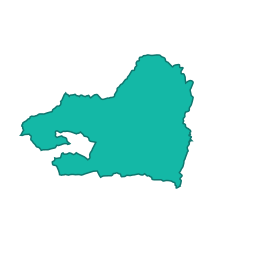 outline of Tam Duong, Lai Chau, Vietnam, rotated 315°
{"feature_id": "81297802B8345144496926", "entity_name": "Tam Duong", "entity_type": "district", "adm_level": 2, "iso_a3": "VNM", "parent_name": "Vietnam", "parent_adm1": "Lai Chau", "projection": "mercator", "projection_center": [103.573, 22.33], "detail": "fine", "context": "isolated", "style": "filled", "palette": "teal", "viewbox_px": 256, "rotation_deg": 315, "n_neighbors": 0, "source": "geoboundaries", "source_scale": "gbopen_adm2", "svg_char_len": 5707}
<svg xmlns="http://www.w3.org/2000/svg" viewBox="0 0 256 256"><g transform="rotate(315 128 128)"><path d="M108.7,59.2L106.5,59.4L100.9,61.6L99.2,61.6L98.9,61.8L98.8,62.3L98.5,62.8L96.9,63.8L96.4,63.9L94.9,63.8L94.1,63.2L93.5,62.5L92.8,62.3L90.5,62.3L88.5,61.9L87.6,61.9L86.3,62.6L85.9,62.7L85.3,62.5L84.6,61.9L81.0,59.9L78.6,58.8L75.8,55.9L75.3,55.5L74.4,55.1L72.4,54.8L71.3,54.1L69.8,53.4L68.1,51.4L66.6,51.0L65.6,51.6L64.8,51.7L64.5,51.4L63.5,51.0L61.2,51.0L58.7,50.3L57.3,50.1L56.9,50.2L56.2,50.8L55.4,50.8L54.3,51.5L54.3,52.8L53.3,53.8L53.2,54.3L52.6,55.4L52.7,55.7L52.5,55.9L51.3,56.0L47.5,57.2L47.0,57.2L47.9,58.4L48.4,58.7L50.3,59.5L53.8,62.6L53.6,63.5L53.8,64.9L53.7,65.4L53.1,66.0L51.7,66.9L51.2,67.4L50.9,68.2L51.0,69.8L50.6,71.4L50.6,74.1L50.1,76.1L50.2,77.0L51.1,78.5L51.3,79.7L51.0,82.1L50.8,82.4L52.5,83.3L56.2,86.9L59.1,88.4L62.1,90.3L62.7,90.5L64.2,90.2L64.9,89.9L65.5,89.9L66.2,91.0L66.9,91.5L69.0,92.6L70.1,93.0L72.1,94.1L72.8,94.8L73.6,95.8L73.8,96.1L73.8,97.0L75.4,97.9L75.9,98.0L75.6,95.7L75.6,94.5L75.9,93.8L77.0,92.0L77.0,90.9L75.5,87.9L75.6,87.1L75.5,86.7L72.7,85.2L71.1,84.5L70.9,82.8L71.0,82.4L71.3,82.0L72.8,81.0L73.6,79.6L74.4,79.3L74.9,79.3L75.3,79.5L76.0,80.2L76.7,82.9L77.0,83.6L77.6,83.9L79.8,84.5L80.2,84.9L81.1,86.0L82.7,87.2L83.1,87.7L84.9,90.3L87.4,95.7L87.9,95.7L89.0,96.5L90.7,97.3L91.3,97.1L91.6,97.2L91.7,100.9L91.4,102.0L91.3,102.8L92.9,105.2L93.1,106.6L93.0,107.4L91.9,109.3L91.9,110.2L92.2,111.1L94.4,114.2L95.1,115.4L89.6,117.2L88.2,117.6L87.0,118.2L85.6,118.6L84.6,118.7L83.4,119.1L81.9,119.9L80.4,121.8L79.9,122.2L79.0,122.3L77.1,122.0L77.1,120.2L76.7,117.5L74.5,111.4L73.9,108.9L72.3,108.9L71.3,108.6L70.6,108.2L70.5,107.9L69.8,105.6L69.2,104.5L68.7,104.0L67.3,103.6L66.2,103.1L64.6,101.6L64.2,101.0L64.2,100.6L64.5,100.1L64.5,99.8L64.1,99.5L63.1,99.3L62.6,99.5L59.7,101.1L59.0,101.2L56.0,99.0L55.4,98.2L55.0,97.4L54.3,98.3L53.8,98.7L53.2,98.9L52.3,98.9L50.7,98.4L50.4,98.5L49.1,100.2L48.9,101.2L50.5,103.7L50.5,104.8L48.9,108.9L47.5,111.5L46.6,112.6L47.7,114.4L48.2,114.7L48.7,114.9L49.6,115.9L50.5,116.2L51.0,116.7L52.6,119.2L54.7,120.4L56.3,121.9L58.0,124.1L58.8,124.7L60.2,126.0L61.0,127.0L61.6,128.1L61.9,128.4L63.1,129.1L64.8,129.8L73.0,134.1L75.6,136.4L75.8,136.8L75.7,137.0L74.2,141.5L73.8,143.5L75.1,143.8L76.8,144.6L80.4,147.9L82.5,150.0L83.8,150.3L85.4,149.9L85.6,150.0L86.7,150.9L88.6,151.8L88.9,153.2L90.0,155.3L89.0,157.3L89.0,157.9L91.3,159.9L92.1,160.2L93.2,160.4L93.8,160.7L95.2,162.3L95.8,163.1L98.2,164.6L99.2,165.5L102.8,167.8L103.3,168.6L103.8,169.9L104.4,170.8L105.1,171.5L105.9,171.9L107.4,172.1L107.7,175.5L109.1,176.5L109.2,177.6L109.5,178.5L109.7,179.6L109.5,180.2L108.9,181.0L108.8,181.3L109.0,181.9L109.8,183.0L114.9,188.1L115.3,190.2L115.7,190.7L117.6,191.9L118.4,192.6L119.8,194.2L121.2,196.3L121.6,198.2L122.2,199.1L122.3,199.8L122.2,200.3L121.8,200.8L121.0,201.7L120.9,202.0L121.2,202.7L121.1,203.1L119.9,204.2L119.7,204.6L120.6,205.1L123.7,205.9L123.7,205.7L124.2,205.4L125.8,204.7L128.3,203.0L128.5,202.6L128.6,201.9L128.5,201.2L128.6,200.8L129.4,200.4L132.0,200.2L132.5,200.0L132.8,199.4L132.7,197.2L132.7,195.9L132.9,195.7L134.8,195.5L136.6,194.8L138.7,194.4L139.6,194.1L142.5,192.4L144.5,190.7L146.4,190.2L147.6,189.5L152.0,187.5L152.5,187.0L154.0,186.9L154.5,186.5L155.1,185.0L156.0,183.7L157.1,183.2L159.5,182.9L160.5,182.2L160.7,181.4L161.2,180.9L161.5,180.9L161.8,181.4L162.1,181.4L162.5,181.0L162.6,180.5L162.9,180.4L163.3,180.7L163.7,180.8L163.7,181.1L163.6,181.5L164.2,182.1L164.2,180.4L164.4,179.9L164.9,179.4L166.1,179.3L166.5,179.0L166.4,177.8L165.8,176.6L166.0,176.3L166.4,176.1L166.9,176.5L167.7,176.6L167.8,176.5L167.8,175.8L168.4,175.0L169.0,174.9L169.7,175.0L170.4,173.9L170.4,173.5L170.2,172.3L170.2,171.2L169.6,169.5L169.6,168.2L169.8,167.3L170.6,166.7L170.9,166.2L170.9,165.8L170.9,165.3L170.2,163.8L170.4,163.5L171.4,162.7L172.4,162.4L172.9,161.1L173.3,160.7L173.7,160.6L174.2,160.3L175.5,160.3L176.3,160.1L176.8,159.7L177.0,159.2L178.2,158.2L179.9,157.5L182.5,158.8L183.2,158.9L183.7,158.8L184.1,158.6L185.4,157.3L187.0,156.8L188.3,156.6L189.4,156.2L192.5,154.5L195.6,152.5L195.8,152.2L195.7,149.8L198.5,145.4L199.4,144.7L200.4,144.5L205.8,142.2L206.2,141.9L206.5,141.4L206.6,140.9L206.5,140.0L206.3,139.5L205.7,138.6L205.1,138.1L203.3,137.4L200.6,137.0L203.0,133.9L204.4,132.4L205.6,129.7L205.5,128.9L204.1,127.4L204.1,127.1L205.3,125.7L205.7,125.4L209.3,124.5L209.4,124.4L209.3,123.9L207.8,122.5L207.5,121.9L207.6,121.5L209.0,119.8L209.0,119.6L208.7,119.0L208.4,118.7L206.1,117.0L205.0,116.5L204.4,116.3L202.9,116.4L202.6,116.1L202.7,109.8L202.1,108.4L202.0,107.5L202.1,106.9L202.8,106.0L203.3,104.9L203.3,104.5L203.2,103.8L202.1,101.2L202.1,99.9L202.0,99.1L201.5,98.3L200.0,96.7L196.4,93.8L195.4,92.7L194.0,90.7L193.4,90.1L191.6,89.2L190.8,88.4L190.1,87.9L188.1,87.7L187.5,87.3L186.6,86.5L186.0,86.4L184.9,86.9L183.7,88.3L182.9,88.1L182.4,87.6L181.9,87.3L181.5,87.3L180.1,87.6L179.4,88.2L178.8,88.9L178.5,89.8L178.0,90.1L176.0,90.1L175.1,90.5L173.9,91.4L173.3,91.6L173.1,91.6L171.9,90.5L171.4,90.2L171.0,90.2L166.2,91.5L163.7,91.7L162.2,92.6L160.6,92.0L159.7,92.0L155.4,92.7L153.7,92.2L152.9,92.2L150.7,92.6L148.9,92.3L148.3,92.4L146.7,93.8L142.2,94.9L141.1,95.9L140.0,96.0L138.5,95.2L137.1,94.0L136.4,93.7L135.7,93.6L134.9,92.5L131.1,90.5L130.3,89.8L129.7,89.0L129.6,88.4L129.8,84.6L129.9,83.3L129.7,82.3L128.0,81.0L126.4,80.6L123.0,80.3L122.8,79.9L123.2,77.7L123.2,77.1L123.1,76.9L122.0,76.5L121.3,75.9L120.1,75.7L119.8,75.3L119.0,73.9L118.6,72.3L118.1,71.6L117.6,71.3L117.0,71.2L115.8,71.4L115.6,70.4L114.6,68.9L114.4,68.4L114.5,67.0L114.3,66.7L112.8,65.9L110.4,64.0L109.6,63.8L108.8,64.0L109.1,61.9L108.4,60.4L108.4,60.0L108.7,59.2Z" fill="#14b8a6" stroke="#0f766e" stroke-width="1.5"/></g></svg>